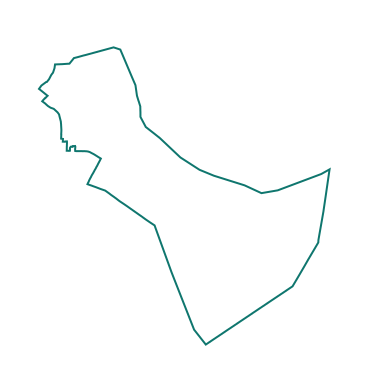 Al Hali, Al Hudaydah, Yemen, rotated 353°
{"feature_id": "15242507B48725764908659", "entity_name": "Al Hali", "entity_type": "district", "adm_level": 2, "iso_a3": "YEM", "parent_name": "Yemen", "parent_adm1": "Al Hudaydah", "projection": "mercator", "projection_center": [42.962, 14.788], "detail": "fine", "context": "isolated", "style": "outline", "palette": "teal", "viewbox_px": 384, "rotation_deg": 353, "n_neighbors": 0, "source": "geoboundaries", "source_scale": "gbopen_adm2", "svg_char_len": 2732}
<svg xmlns="http://www.w3.org/2000/svg" viewBox="0 0 384 384"><g transform="rotate(353 192 192)"><path d="M71.6,48.7L70.6,52.4L68.6,56.6L67.0,58.2L66.4,58.9L63.8,62.7L61.3,65.1L60.6,65.1L55.5,68.0L52.7,71.0L59.3,77.8L59.9,78.4L60.4,78.9L59.7,79.4L57.9,80.9L57.7,80.8L55.3,82.8L54.4,83.7L57.1,86.3L58.0,87.4L59.4,89.0L59.5,89.1L61.9,91.1L62.1,91.2L64.9,92.6L68.3,96.6L69.5,98.8L69.6,99.6L69.6,99.9L70.4,106.1L70.3,108.4L70.3,109.0L70.2,109.9L70.2,110.2L69.9,114.8L69.8,115.2L69.7,116.0L69.6,116.6L69.2,118.7L69.3,118.8L68.6,123.1L69.3,123.3L70.4,123.6L69.9,126.3L71.8,126.6L72.1,126.6L72.2,126.4L74.0,126.5L74.0,127.1L73.9,127.6L73.9,128.0L73.5,130.4L73.5,130.6L73.4,131.1L73.3,131.8L73.2,132.0L73.2,132.4L73.0,133.6L73.0,133.9L72.9,134.5L72.7,135.8L74.2,136.0L74.5,136.1L75.5,136.2L75.8,136.2L76.0,135.4L76.1,134.2L76.2,133.8L76.3,133.5L76.4,133.1L77.0,132.6L77.2,132.3L77.7,132.4L77.9,132.4L78.9,132.6L79.1,131.9L79.4,131.9L81.0,132.1L81.6,132.1L81.7,132.5L81.7,133.0L81.6,133.5L81.5,134.0L81.4,134.3L81.2,135.3L81.1,136.1L81.1,136.4L81.1,137.1L82.0,137.3L85.9,137.8L87.8,138.0L88.0,138.1L88.5,138.2L89.9,138.3L91.9,138.7L92.0,138.7L92.5,138.8L93.9,139.2L94.3,139.4L94.7,139.6L95.0,139.7L95.4,139.9L97.2,141.2L99.0,142.4L99.2,142.6L99.5,142.8L100.4,143.5L100.6,143.7L101.5,144.4L103.3,145.9L103.8,146.3L105.1,147.3L105.6,147.7L104.1,150.0L103.7,150.5L103.3,151.1L103.2,151.3L102.5,152.2L101.8,153.3L101.6,153.6L100.8,154.8L100.4,155.2L99.7,156.3L99.0,157.3L98.2,158.3L97.8,158.8L97.3,159.7L96.6,160.5L96.4,160.9L96.0,161.4L95.9,161.5L95.3,162.3L94.8,162.9L94.4,163.5L93.9,164.2L93.7,164.6L93.5,164.9L92.8,165.8L91.5,167.7L90.6,169.3L89.7,170.6L89.2,171.5L91.4,172.6L91.6,172.7L93.5,173.6L93.8,173.8L95.2,174.5L97.2,175.5L100.2,177.1L100.8,177.4L101.1,177.6L106.0,180.0L109.6,183.3L111.0,184.7L111.2,184.9L114.2,187.6L114.7,188.1L115.7,189.0L118.4,191.7L119.5,192.7L123.0,195.7L126.4,198.7L126.7,199.0L137.4,208.7L137.5,208.8L138.0,209.2L142.5,213.4L146.8,217.2L150.8,220.6L151.1,222.0L161.8,268.7L163.5,275.4L177.3,328.9L187.1,345.1L194.8,341.2L245.5,315.5L280.3,297.9L287.1,289.1L294.8,279.0L298.9,273.5L308.6,260.9L311.2,257.5L311.6,255.2L312.9,250.9L320.1,227.3L320.6,225.4L324.1,212.7L330.8,188.1L331.3,186.3L322.5,189.9L277.3,200.8L260.8,201.6L245.0,191.8L215.7,178.5L202.2,170.9L184.7,156.3L166.7,134.6L161.6,129.4L160.4,128.2L154.0,121.8L153.7,120.9L150.2,111.8L150.0,111.1L150.6,106.0L150.6,105.7L150.9,102.7L151.1,100.7L150.5,97.4L150.3,96.1L150.0,94.9L149.1,89.7L148.9,79.1L146.4,70.6L139.5,46.4L138.3,42.3L138.2,41.9L131.8,38.9L119.4,40.7L102.8,43.1L100.9,43.3L99.0,43.6L95.0,44.2L91.1,44.7L89.5,46.3L86.9,48.8L86.0,49.7L84.8,49.6L81.0,49.4L79.0,49.3L71.6,48.7Z" fill="none" stroke="#0f766e" stroke-width="2"/></g></svg>